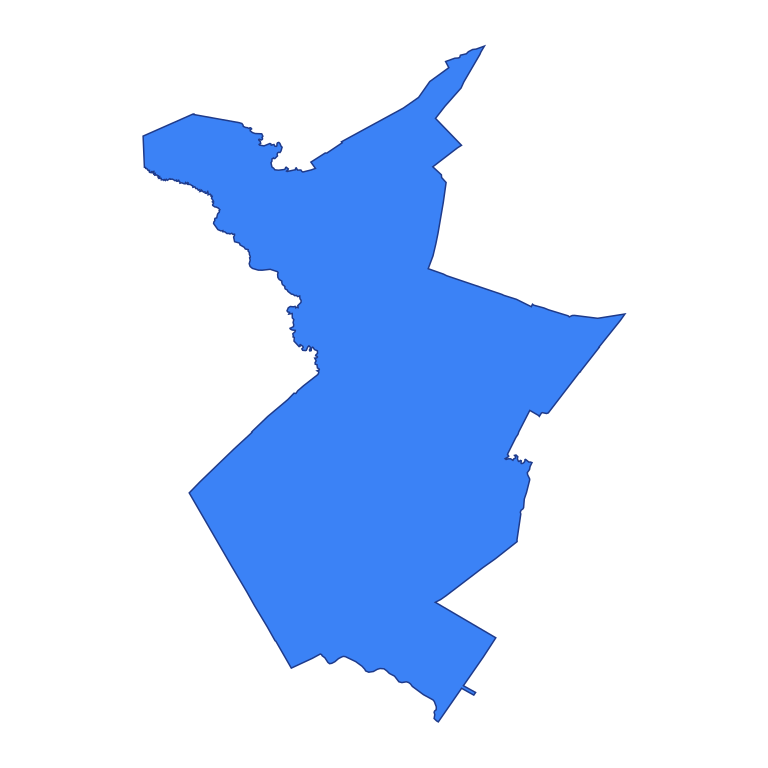 Blejesti, Teleorman, Romania
{"feature_id": "2599482B94014491503214", "entity_name": "Blejesti", "entity_type": "district", "adm_level": 2, "iso_a3": "ROU", "parent_name": "Romania", "parent_adm1": "Teleorman", "projection": "natural_earth1", "projection_center": [25.433, 44.298], "detail": "fine", "context": "isolated", "style": "filled", "palette": "blue", "viewbox_px": 768, "rotation_deg": 0, "n_neighbors": 0, "source": "geoboundaries", "source_scale": "gbopen_adm2", "svg_char_len": 6115}
<svg xmlns="http://www.w3.org/2000/svg" viewBox="0 0 768 768"><path d="M473.8,695.1L475.6,692.5L463.4,685.7L483.3,657.0L495.8,637.8L435.3,602.3L441.0,599.3L446.5,595.4L482.9,567.6L495.3,558.8L517.1,541.6L517.0,539.8L520.8,514.0L520.3,512.2L521.1,510.2L522.8,509.0L523.6,507.7L524.3,499.0L526.5,492.5L529.7,479.9L529.6,478.8L527.6,474.7L527.3,472.6L529.5,469.6L530.1,466.5L532.0,462.6L530.3,462.0L528.9,462.1L525.6,459.4L525.0,459.6L524.9,461.0L524.0,462.5L522.7,463.4L521.3,463.5L521.0,462.9L521.3,460.8L520.4,460.4L519.2,461.5L518.5,461.4L517.4,459.0L517.8,456.7L516.0,455.0L514.5,455.4L515.5,456.6L515.5,457.6L515.2,458.2L513.8,458.8L512.9,460.3L510.6,458.8L508.2,458.8L506.1,459.5L505.1,458.7L508.7,456.5L508.5,455.5L507.5,454.7L507.8,453.6L515.8,437.6L518.0,434.3L518.8,431.8L529.8,410.4L538.6,415.5L539.3,416.4L541.3,413.2L542.2,412.6L546.5,413.5L548.3,412.9L579.7,372.0L580.4,371.9L580.7,371.0L599.2,347.4L598.9,347.2L620.4,320.4L624.9,314.0L597.7,318.3L574.5,315.4L572.2,315.5L569.3,316.9L568.1,315.8L548.5,309.8L544.1,308.0L533.8,305.2L532.5,304.2L531.3,306.7L516.4,299.3L503.7,295.3L502.2,294.5L446.6,275.7L443.5,274.1L428.2,268.7L433.0,255.9L435.9,243.6L438.0,233.3L443.3,202.4L446.1,182.5L441.6,177.5L441.4,174.8L432.8,166.8L457.4,147.9L461.5,145.3L435.5,118.4L445.0,106.2L461.1,88.0L463.8,82.0L479.9,54.4L480.9,52.0L484.4,46.1L476.1,49.1L472.6,49.5L468.4,51.7L466.3,53.8L460.4,55.2L459.7,57.4L458.3,58.0L454.8,58.2L445.6,61.5L448.8,67.7L429.8,81.5L418.6,97.4L403.3,108.1L341.4,141.8L342.2,142.8L326.8,153.1L325.2,153.0L310.9,162.1L315.4,168.4L311.3,169.9L302.9,172.0L301.8,171.4L300.9,170.0L297.6,170.1L296.3,167.9L295.6,168.2L295.5,169.7L287.1,171.5L286.5,171.1L287.9,169.9L288.3,168.9L286.2,167.2L285.6,167.5L285.4,168.6L284.3,169.5L278.5,170.2L274.8,169.8L273.8,168.4L271.9,166.9L271.0,162.7L271.9,161.3L272.0,158.9L273.5,158.0L274.0,158.6L274.9,158.5L277.5,155.9L277.1,154.1L277.7,152.8L278.7,152.3L280.0,152.5L281.0,151.0L282.1,147.2L281.1,146.2L279.9,143.4L278.8,142.4L277.5,142.8L277.0,143.7L276.9,145.8L276.2,146.4L274.9,146.2L274.0,144.5L271.2,145.1L270.8,143.8L269.9,143.5L264.0,145.9L259.5,145.1L259.1,144.4L260.7,143.4L260.3,141.5L258.9,140.3L258.7,139.6L259.2,139.2L261.4,140.0L262.4,139.3L262.5,138.2L262.0,137.4L262.9,136.2L261.7,133.8L255.1,133.5L252.5,132.6L250.2,130.8L250.3,129.9L251.6,128.9L250.7,127.8L249.8,127.8L249.2,128.5L247.2,127.6L245.7,127.5L243.3,126.4L243.1,125.2L241.9,123.5L239.3,122.7L195.8,114.9L193.2,114.4L193.5,114.0L193.1,114.0L143.1,136.1L144.4,167.3L145.6,167.5L145.7,168.4L147.3,169.0L148.0,170.3L149.4,170.4L149.2,171.8L149.8,172.4L150.8,172.6L151.4,171.6L152.2,172.0L151.8,172.7L152.2,172.9L153.1,172.5L153.1,171.5L153.9,171.4L153.8,174.1L155.2,173.5L154.9,175.2L156.8,174.9L157.5,176.0L158.5,175.8L158.8,176.5L158.3,177.4L158.9,177.5L159.7,176.9L159.8,177.6L159.1,178.4L161.2,178.4L161.3,179.9L163.3,179.7L163.8,180.3L164.5,179.6L165.4,180.5L166.2,179.3L167.3,180.3L169.9,178.7L170.5,179.3L172.2,179.1L173.4,179.6L174.9,180.7L176.5,180.1L176.5,181.0L176.8,181.3L177.7,181.2L178.7,180.3L179.3,181.7L180.1,182.2L180.0,183.2L181.8,182.8L184.2,183.8L185.6,183.8L185.9,183.5L185.4,182.7L185.6,182.4L187.2,183.9L187.8,182.6L188.2,182.9L188.1,184.4L190.5,184.5L191.6,185.5L192.7,185.7L192.9,187.3L194.8,186.8L195.9,188.6L197.2,188.5L198.3,190.2L199.8,189.6L200.2,190.7L199.9,191.5L201.0,191.3L201.6,190.2L203.4,192.1L204.9,191.8L205.2,193.2L206.4,193.4L207.7,191.6L208.1,193.0L208.0,194.8L210.2,194.2L210.6,195.0L211.4,195.3L211.1,196.2L212.2,196.4L211.5,198.2L213.5,201.2L212.4,201.9L213.6,203.0L212.6,204.8L212.7,205.4L214.8,206.9L216.3,207.1L218.5,208.2L219.9,209.8L219.1,210.6L219.4,211.5L219.2,212.3L217.9,213.5L217.4,214.7L216.7,217.9L215.1,218.3L214.7,219.0L214.8,220.7L213.8,222.0L213.6,223.6L217.9,229.6L220.9,230.9L222.9,230.6L222.8,231.7L224.8,231.8L226.9,233.5L229.2,233.5L229.9,234.0L231.8,233.3L232.8,234.3L234.5,234.2L234.6,235.1L233.6,237.1L234.6,241.7L239.0,242.9L239.8,243.7L239.9,244.8L244.2,247.3L245.3,249.0L248.2,249.6L248.1,251.0L249.4,252.6L249.3,254.1L250.3,256.7L250.3,257.2L249.6,257.8L250.2,260.2L249.2,263.7L250.1,266.5L252.4,268.4L258.2,270.1L262.2,270.2L270.2,269.3L277.5,271.7L278.1,272.8L277.6,274.3L277.9,277.5L279.2,279.5L281.8,281.1L281.8,282.6L282.4,284.5L284.9,286.5L284.8,287.8L285.2,288.9L287.2,290.0L288.0,291.5L291.4,294.1L293.1,294.4L294.8,295.7L296.3,295.4L297.7,296.6L299.7,296.0L299.8,297.4L300.1,299.0L301.1,300.3L301.1,301.5L300.9,302.5L297.8,305.6L298.1,307.6L296.3,307.2L295.8,307.8L295.1,306.4L293.5,306.8L290.3,306.5L288.3,307.8L287.0,310.8L287.7,311.9L289.6,312.4L288.8,314.1L292.2,313.5L292.3,317.9L293.8,319.5L293.1,322.6L293.7,324.6L293.6,326.2L293.0,326.9L290.0,328.3L290.4,329.1L292.2,330.0L295.3,330.4L295.1,331.6L292.8,333.8L293.3,336.0L293.0,336.9L294.3,337.5L294.0,341.1L299.1,346.6L300.0,346.4L300.0,344.8L300.4,344.6L302.9,346.4L303.2,347.5L301.8,348.9L302.7,350.3L305.5,350.6L306.3,350.3L307.7,347.1L308.9,345.9L309.8,346.5L310.3,347.5L310.1,348.8L309.4,350.0L309.9,351.0L311.2,350.6L311.5,348.1L312.4,347.2L313.1,347.5L314.5,349.6L317.4,350.8L317.5,353.3L315.7,355.1L315.6,355.7L317.3,356.5L317.5,357.0L316.7,357.9L314.7,358.1L316.2,360.9L315.1,362.5L315.2,364.2L317.0,364.7L317.4,367.9L318.8,368.7L319.3,369.4L319.1,370.1L317.1,370.8L318.7,371.7L318.7,372.7L317.9,374.5L303.7,385.6L297.8,390.7L295.9,393.5L294.0,393.2L287.8,399.6L267.7,416.5L252.9,430.7L251.7,432.0L252.0,432.3L251.4,433.0L234.4,448.6L200.0,481.8L189.2,492.9L231.1,565.3L247.0,592.2L254.6,605.8L267.3,626.9L275.1,640.8L275.9,641.3L291.3,668.1L312.2,658.4L320.3,654.0L321.6,654.6L322.1,655.7L324.9,657.8L327.9,662.4L329.6,663.7L331.8,663.3L334.9,661.7L338.5,658.6L341.4,657.1L343.1,656.4L345.3,656.6L355.7,661.6L362.0,666.2L364.8,669.3L365.6,670.9L368.7,672.2L373.4,671.5L377.3,669.3L380.0,668.5L384.0,668.8L386.8,670.9L389.3,673.4L394.5,676.1L398.9,681.8L401.9,682.6L406.3,681.8L408.6,682.5L410.5,683.9L412.3,686.4L423.5,694.7L433.0,699.9L434.3,701.5L436.3,706.8L436.2,709.7L434.6,711.0L434.1,712.3L434.8,714.7L434.1,718.5L436.6,720.9L438.3,721.9L461.6,688.3L473.8,695.1Z" fill="#3b82f6" stroke="#1e3a8a" stroke-width="1.5"/></svg>